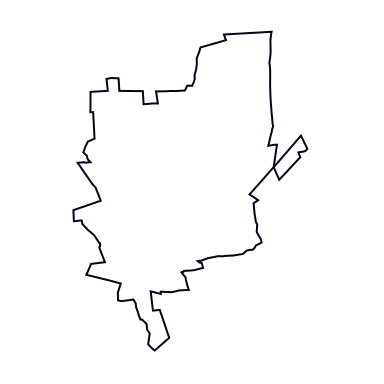 outline of Chicxulub Pueblo, Yucatán, Mexico, rotated 79°
{"feature_id": "50627088B2024609672342", "entity_name": "Chicxulub Pueblo", "entity_type": "district", "adm_level": 2, "iso_a3": "MEX", "parent_name": "Mexico", "parent_adm1": "Yucatán", "projection": "mercator", "projection_center": [-89.518, 21.153], "detail": "fine", "context": "isolated", "style": "outline", "palette": "ink", "viewbox_px": 384, "rotation_deg": 79, "n_neighbors": 0, "source": "geoboundaries", "source_scale": "gbopen_adm2", "svg_char_len": 2652}
<svg xmlns="http://www.w3.org/2000/svg" viewBox="0 0 384 384"><g transform="rotate(79 192 192)"><path d="M330.8,242.2L321.1,243.5L301.6,246.1L301.0,253.0L282.0,251.5L281.6,251.5L286.1,242.1L283.9,241.7L286.5,230.7L286.2,222.9L287.5,213.8L282.9,214.4L277.8,214.7L274.3,214.7L274.1,214.9L268.8,217.7L268.7,217.5L268.7,217.4L268.7,217.1L268.7,216.8L268.7,215.5L267.9,214.9L269.0,207.1L269.1,203.9L268.6,195.6L263.5,196.0L262.9,197.8L261.0,199.6L261.0,197.5L261.2,196.7L260.0,189.0L260.0,178.2L261.0,174.2L261.1,171.2L261.9,165.9L262.2,164.1L262.5,155.4L262.5,153.9L262.2,153.2L260.9,151.2L260.2,150.1L259.9,149.3L259.9,148.5L259.8,146.8L260.2,144.3L260.0,142.9L259.6,142.2L258.5,140.9L256.7,139.5L256.4,138.4L255.8,136.2L255.7,136.2L255.5,135.0L255.2,134.3L255.0,133.3L251.2,133.5L247.9,134.8L246.4,135.1L245.1,135.7L243.5,136.1L236.4,134.2L233.3,135.0L225.3,134.7L214.8,133.7L212.7,128.6L205.3,136.0L194.8,122.1L188.6,114.2L183.2,107.1L196.6,104.0L194.2,100.7L189.6,94.3L184.6,87.5L178.5,79.1L173.4,80.0L173.6,74.3L173.2,72.6L171.7,70.5L157.5,74.3L182.9,106.6L182.4,106.8L161.8,99.6L161.3,102.7L161.2,108.3L160.4,107.9L149.9,103.2L149.1,102.7L147.4,102.0L145.2,101.1L144.0,100.3L143.4,100.1L142.3,99.7L140.7,99.9L139.9,99.8L135.3,99.3L131.3,98.9L125.4,98.3L125.1,98.2L124.9,98.2L118.8,97.5L112.1,96.6L103.0,95.1L87.8,92.1L82.1,91.4L80.8,91.5L79.8,91.3L71.9,88.7L68.1,87.8L58.1,86.1L51.5,84.0L49.9,83.3L43.5,130.6L49.4,129.7L51.7,156.0L55.4,158.0L62.1,162.0L67.3,162.8L72.9,164.7L77.9,167.3L81.3,167.6L84.9,169.5L86.2,170.6L87.8,171.6L86.7,176.3L91.0,179.6L89.9,188.2L88.6,194.6L88.3,197.4L86.4,208.1L98.6,208.6L97.5,214.0L97.3,216.8L96.6,222.8L83.6,221.0L78.9,244.0L66.4,242.4L64.7,249.6L64.7,254.4L76.6,255.3L74.4,272.5L94.3,276.5L94.8,273.8L121.1,277.5L121.8,280.8L122.7,284.6L127.2,288.0L132.3,291.1L136.4,288.3L140.1,288.1L143.4,286.0L142.8,291.5L142.3,291.7L141.5,298.7L146.4,296.5L146.9,296.3L152.8,293.8L154.2,293.1L163.8,288.9L165.7,288.0L169.3,285.8L176.7,284.4L181.5,283.5L183.2,283.3L187.1,311.5L187.5,311.6L187.5,312.0L187.9,312.0L198.0,313.5L198.3,313.4L198.3,312.5L198.4,311.6L198.4,310.7L198.5,309.9L198.6,307.5L198.9,305.7L202.6,305.7L209.2,301.5L209.3,301.4L215.9,296.2L225.0,292.5L224.9,292.1L226.8,292.2L228.7,293.6L244.3,290.9L243.3,304.7L248.5,308.3L253.1,311.5L262.9,290.4L268.2,279.4L276.7,284.0L284.2,285.3L285.6,282.4L286.0,277.1L286.4,270.0L290.6,268.5L292.5,268.7L295.0,268.8L299.7,268.0L299.9,268.1L306.2,267.2L307.3,267.0L307.9,265.2L312.8,261.8L315.8,262.0L318.6,262.3L321.1,261.1L323.1,260.6L323.8,260.8L328.2,262.4L333.1,264.1L338.8,260.4L340.5,258.9L330.8,242.2Z" fill="none" stroke="#020617" stroke-width="2"/></g></svg>